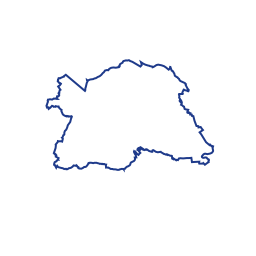 Dumbravita, Maramures, Romania, rotated 216°
{"feature_id": "2599482B34129756727507", "entity_name": "Dumbravita", "entity_type": "district", "adm_level": 2, "iso_a3": "ROU", "parent_name": "Romania", "parent_adm1": "Maramures", "projection": "natural_earth1", "projection_center": [23.656, 47.6], "detail": "fine", "context": "isolated", "style": "outline", "palette": "blue", "viewbox_px": 256, "rotation_deg": 216, "n_neighbors": 0, "source": "geoboundaries", "source_scale": "gbopen_adm2", "svg_char_len": 5804}
<svg xmlns="http://www.w3.org/2000/svg" viewBox="0 0 256 256"><g transform="rotate(216 128 128)"><path d="M189.4,142.7L189.2,142.5L188.3,142.5L188.1,142.1L188.0,140.7L187.6,139.6L186.2,136.3L185.9,135.2L184.6,133.1L184.6,132.7L209.6,134.5L210.2,132.6L210.1,132.0L210.4,131.9L210.5,131.3L211.8,129.2L212.0,128.5L212.7,128.1L212.8,127.7L213.3,127.5L213.1,127.1L213.2,126.2L212.9,125.7L212.6,125.5L212.4,124.6L212.2,124.4L211.6,124.5L210.0,124.0L209.4,124.4L208.3,124.4L208.2,123.9L208.3,122.2L208.6,121.5L208.7,121.4L208.9,120.5L205.1,119.2L205.4,118.3L204.9,117.0L204.3,116.2L204.7,115.9L204.7,115.5L204.5,115.1L203.5,114.7L202.9,114.1L202.8,113.3L203.0,112.5L203.2,112.3L203.5,112.4L204.0,111.9L203.4,111.0L203.4,110.8L203.5,110.6L203.1,110.1L202.2,110.0L202.6,109.7L203.7,109.4L204.3,108.7L205.2,108.4L206.1,106.4L207.8,105.5L208.3,105.1L208.6,104.6L209.4,103.9L209.0,102.8L208.2,102.2L207.7,100.3L207.2,99.1L207.2,98.4L206.5,97.9L206.4,97.5L205.4,96.9L204.5,97.9L203.4,96.9L202.8,98.7L202.5,101.3L201.7,101.6L200.5,101.5L199.7,102.4L199.3,102.5L199.3,103.2L197.9,103.7L196.8,104.6L196.0,104.0L194.9,103.7L193.2,103.5L192.4,103.6L191.8,102.5L188.9,100.8L187.8,100.6L185.5,100.9L185.2,101.3L184.4,101.3L184.2,101.6L184.5,101.7L184.4,101.9L183.5,102.3L183.2,102.2L182.9,102.6L182.6,102.5L182.4,102.8L181.3,103.4L180.9,104.2L180.3,104.3L180.1,104.2L179.5,101.9L178.3,98.9L178.3,94.8L177.5,92.7L177.0,90.4L177.3,88.5L177.2,88.1L176.8,86.9L175.7,85.3L175.8,84.6L176.1,84.1L175.5,82.3L175.5,81.8L175.7,81.4L174.4,81.0L173.3,78.3L174.3,78.0L174.4,77.8L175.0,77.5L175.9,76.7L177.0,76.2L176.6,75.4L176.8,72.1L176.1,71.5L174.8,69.2L173.2,64.1L171.8,64.2L171.8,63.9L170.9,64.0L170.8,63.6L169.9,63.7L169.6,62.4L166.5,62.8L166.5,62.5L166.1,61.5L165.9,61.4L166.1,61.3L166.0,61.0L166.5,59.9L166.3,59.5L166.3,59.1L166.5,59.0L166.7,58.2L167.1,57.6L167.2,57.1L166.6,55.4L166.4,55.1L166.0,55.1L165.9,54.8L165.3,55.0L164.7,54.6L162.8,53.7L163.1,55.0L163.1,55.8L161.5,55.3L157.9,56.7L157.2,57.1L155.5,57.3L155.0,57.9L154.0,58.6L153.6,58.4L152.7,59.2L152.3,60.5L150.9,62.1L150.6,62.7L150.1,64.2L150.0,65.7L147.9,66.8L147.7,67.0L147.8,67.5L147.2,67.5L146.5,67.0L145.1,67.2L144.8,67.0L144.8,66.5L143.7,66.5L141.8,67.7L141.0,69.2L140.5,70.8L139.8,71.2L139.1,72.3L139.0,74.6L139.3,76.3L138.9,76.4L138.8,77.1L138.3,77.6L136.9,78.5L135.5,79.1L134.7,80.1L133.1,81.3L131.9,81.7L130.8,82.2L129.7,82.4L128.9,83.2L127.8,83.5L127.7,83.9L126.6,84.3L126.5,84.6L126.1,84.9L124.8,85.1L124.2,85.5L123.9,84.7L122.5,83.1L121.9,83.7L121.1,84.0L120.7,84.4L118.0,84.7L116.3,85.8L115.7,85.9L113.4,87.4L112.2,87.8L111.4,88.3L110.8,88.8L110.5,89.2L110.5,89.5L109.8,90.2L109.4,90.9L107.8,92.1L107.4,92.0L107.5,92.1L107.0,92.6L106.4,93.5L106.6,94.2L106.0,96.3L105.5,96.9L104.7,98.8L104.7,99.6L105.3,101.2L105.3,101.9L103.8,104.8L103.7,105.6L103.8,106.4L104.1,107.1L105.2,108.1L104.0,109.1L106.1,110.8L107.0,111.0L109.0,112.1L109.3,112.4L109.4,112.8L108.8,112.7L108.5,113.2L104.9,112.3L103.7,112.4L103.7,113.8L103.4,115.1L105.6,115.7L105.8,116.2L107.5,115.8L107.9,116.6L107.8,117.5L106.7,117.2L105.4,117.3L105.4,118.2L106.3,118.1L107.3,118.3L106.6,119.8L103.7,119.9L103.7,119.5L103.4,119.6L103.3,119.3L101.9,119.7L101.8,120.1L100.6,120.9L100.8,121.5L100.2,121.8L97.4,121.8L94.6,122.8L94.4,123.0L94.9,123.7L95.0,124.4L94.4,125.0L91.6,125.1L89.6,125.9L87.5,128.0L86.8,127.8L85.1,128.1L84.0,128.0L83.6,128.3L81.5,128.8L81.1,129.2L80.6,129.3L80.8,129.7L77.5,130.4L76.7,131.0L76.1,131.2L75.2,130.3L74.3,129.2L73.0,129.4L73.2,130.1L70.1,130.2L70.1,130.7L69.9,130.9L68.7,131.4L68.9,133.3L68.3,133.8L68.1,134.2L65.5,135.8L62.8,138.2L60.4,140.0L59.2,141.1L56.2,138.0L50.6,142.6L50.3,141.8L49.4,141.1L46.6,143.1L46.5,143.9L44.2,143.5L43.5,145.8L42.7,147.9L43.5,148.4L43.5,149.3L43.8,149.8L44.1,150.0L45.6,149.8L47.1,150.2L48.2,149.6L49.2,148.4L49.8,148.0L50.9,147.9L51.5,148.4L51.6,149.0L51.4,151.2L50.6,152.5L48.3,153.6L48.0,154.0L46.6,155.5L45.7,157.0L45.5,157.9L45.6,159.3L46.1,160.0L47.4,161.1L48.0,162.0L48.4,163.2L49.7,162.8L49.8,162.4L51.9,162.8L52.0,162.1L56.5,162.4L65.0,165.9L67.5,166.6L66.2,170.4L67.5,170.7L69.8,171.5L71.2,170.0L71.3,169.9L72.2,170.8L73.8,169.9L78.4,172.9L82.1,176.0L83.4,175.4L84.3,176.3L85.6,175.5L86.1,176.6L87.3,176.0L87.5,176.5L88.2,176.4L88.1,176.1L88.3,176.1L88.6,175.4L88.8,175.3L89.2,175.5L89.5,175.9L89.7,176.8L90.0,178.1L92.3,177.0L93.4,176.7L95.2,178.2L95.7,178.0L97.7,178.2L98.7,178.0L98.9,179.2L99.2,179.9L99.8,179.7L100.9,180.0L100.9,180.4L101.1,180.4L101.6,180.0L101.9,180.1L102.0,180.2L100.8,181.2L101.6,181.6L102.8,181.7L103.1,182.1L104.4,182.6L104.7,183.0L105.0,183.8L105.8,184.6L106.3,184.8L106.6,185.6L103.8,187.6L103.8,187.8L104.5,187.8L104.7,188.2L105.1,189.7L105.5,191.8L105.0,192.0L104.1,192.0L102.5,192.9L101.7,192.8L100.8,193.2L100.9,193.8L101.3,194.5L102.4,194.7L103.7,195.2L106.8,196.8L106.9,197.5L107.5,197.5L108.4,197.8L113.3,196.8L114.8,197.2L115.5,197.7L117.2,197.8L117.8,198.1L118.8,197.8L120.1,197.9L120.8,197.8L122.7,199.4L123.4,199.5L124.8,200.3L125.3,200.1L125.8,200.3L126.4,200.1L129.6,202.3L129.8,202.2L129.4,201.3L129.2,200.5L129.2,199.9L129.4,199.1L133.0,199.3L135.2,199.2L137.8,198.4L140.8,197.0L142.0,195.6L142.9,193.2L143.5,192.0L143.8,191.6L144.3,192.0L146.8,190.9L147.6,190.8L148.3,190.4L151.3,189.4L153.5,189.0L156.2,188.9L154.8,187.9L154.6,187.5L153.9,186.9L154.1,185.0L163.4,184.1L165.9,183.4L166.2,183.5L167.1,183.4L168.3,182.1L169.4,181.5L171.0,179.5L171.1,178.7L170.8,177.7L171.9,175.2L171.7,173.8L171.3,173.5L171.4,173.3L171.6,172.6L171.0,172.4L171.0,172.0L173.3,169.6L175.5,168.3L177.0,166.8L177.9,164.9L177.9,163.1L178.0,163.0L178.3,162.9L178.8,162.7L179.3,162.3L180.4,160.9L180.3,158.8L180.7,157.6L180.8,155.4L181.4,153.2L182.4,151.6L183.3,149.4L184.3,148.3L184.9,147.1L187.1,145.0L188.3,143.1L188.8,142.7L189.4,142.7Z" fill="none" stroke="#1e3a8a" stroke-width="2"/></g></svg>